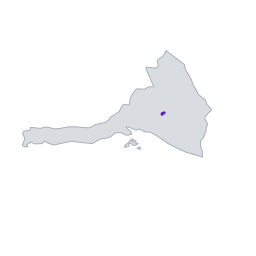 Keren, Anseba, Eritrea (highlighted), rotated 133°
{"feature_id": "51966322B84678224414542", "entity_name": "Keren", "entity_type": "district", "adm_level": 2, "iso_a3": "ERI", "parent_name": "Eritrea", "parent_adm1": "Anseba", "projection": "mercator", "projection_center": [38.411, 15.802], "detail": "fine", "context": "in_parent", "style": "filled", "palette": "violet", "viewbox_px": 256, "rotation_deg": 133, "n_neighbors": 0, "source": "geoboundaries", "source_scale": "gbopen_adm2", "svg_char_len": 2969}
<svg xmlns="http://www.w3.org/2000/svg" viewBox="0 0 256 256"><g transform="rotate(133 128 128)"><path d="M45.5,153.0L44.7,145.5L44.2,140.4L43.6,135.1L43.1,130.0L45.5,126.9L46.6,124.0L49.5,114.4L50.6,112.5L52.9,107.3L53.2,105.8L55.4,99.3L55.2,95.0L54.8,90.6L56.0,88.0L57.1,86.0L57.0,84.2L57.5,80.1L57.8,79.1L59.2,79.1L61.9,79.6L63.9,79.2L66.3,79.2L68.1,79.0L69.1,77.8L70.6,73.0L71.5,72.1L72.2,71.8L74.3,70.9L76.1,69.5L77.5,68.5L78.0,68.3L79.5,68.2L81.0,67.6L81.7,66.9L83.7,66.4L85.5,66.7L86.8,66.1L87.6,65.7L88.6,65.7L89.4,65.1L89.8,64.3L90.4,63.7L91.8,62.5L92.5,61.6L92.8,60.7L93.1,60.0L93.7,58.8L96.3,55.7L98.5,53.9L106.2,69.3L109.3,78.4L112.0,87.9L114.1,102.0L116.0,109.2L119.1,112.8L121.3,119.5L123.1,119.8L124.4,121.6L126.7,127.9L128.4,130.2L129.2,128.2L129.1,127.1L128.5,125.1L129.1,122.6L130.3,121.1L133.2,123.2L134.8,124.7L135.3,127.8L135.9,129.5L139.0,133.1L141.5,134.2L144.9,134.5L147.7,135.3L149.9,136.6L154.1,140.3L163.7,143.5L171.4,153.4L175.9,160.2L190.8,170.5L193.4,175.5L194.7,180.3L197.9,180.1L203.2,185.4L204.8,189.4L209.2,190.8L209.9,188.5L212.1,190.4L212.9,193.4L210.1,194.6L207.0,195.7L206.6,195.7L205.5,197.1L204.1,200.9L202.4,202.0L201.6,202.1L196.8,198.5L196.0,198.3L195.0,199.0L194.2,199.7L191.9,197.0L190.3,194.7L188.0,191.8L185.8,190.5L183.4,188.9L181.0,185.2L178.6,181.1L175.1,177.7L168.4,172.8L162.3,166.6L157.6,160.2L154.6,156.8L153.3,156.0L147.1,153.8L142.8,150.9L139.4,148.4L137.4,147.8L135.4,147.7L131.1,148.2L127.6,146.7L126.1,146.7L123.8,146.2L121.9,145.7L119.7,146.3L115.3,147.4L113.4,147.2L112.4,145.7L111.8,144.5L110.3,143.3L109.0,143.3L108.3,144.4L103.6,147.1L95.8,148.6L94.0,148.5L92.6,147.4L88.6,142.7L87.5,141.9L86.6,141.9L84.8,141.3L83.1,140.4L81.6,138.5L80.1,137.4L78.5,141.2L75.6,147.8L74.1,151.3L72.1,155.8L71.5,156.0L70.5,155.6L66.6,150.0L64.2,147.9L62.3,148.1L61.0,149.1L60.1,151.0L59.2,152.2L58.2,152.6L56.1,152.4L52.8,151.5L49.5,151.7L46.0,153.0L45.5,153.0ZM137.4,115.2L138.4,116.6L139.2,116.4L139.7,116.0L140.1,115.0L144.2,116.9L143.9,118.2L141.5,118.3L138.8,117.8L136.2,118.0L133.2,117.4L132.5,115.2L134.4,116.3L135.4,116.0L135.6,115.7L134.2,114.2L132.3,113.9L132.4,112.7L133.3,112.3L133.8,111.7L132.7,110.1L134.9,110.5L136.3,111.4L137.2,112.6L137.4,115.2ZM135.7,105.0L136.6,107.5L134.1,106.6L133.7,106.0L134.8,105.0L135.0,104.4L135.7,105.0Z" fill="#d9dde1" stroke="#a8b0b8" stroke-width="1"/><path d="M95.4,112.2L95.3,111.9L95.2,111.7L94.9,111.6L94.7,111.7L94.6,111.8L94.4,111.8L94.2,111.9L93.9,111.9L93.7,111.9L93.4,111.7L93.2,111.6L92.9,111.5L92.7,111.5L92.5,111.4L92.4,111.4L92.2,111.2L92.0,111.3L91.9,111.3L91.7,111.4L91.7,111.5L91.6,111.8L91.6,112.0L91.7,112.3L91.7,112.5L91.8,112.5L92.0,112.5L92.3,112.6L92.5,112.6L92.8,112.7L93.0,112.7L93.1,112.8L93.3,112.9L93.3,113.0L93.4,113.3L93.5,113.3L93.8,113.3L94.0,113.4L94.0,113.5L94.3,113.6L94.5,113.5L94.6,113.4L94.8,113.2L95.0,113.1L95.3,113.0L95.4,112.9L95.4,112.7L95.4,112.4L95.4,112.2L95.4,112.2Z" fill="#8b5cf6" stroke="#5b21b6" stroke-width="1.5"/></g></svg>